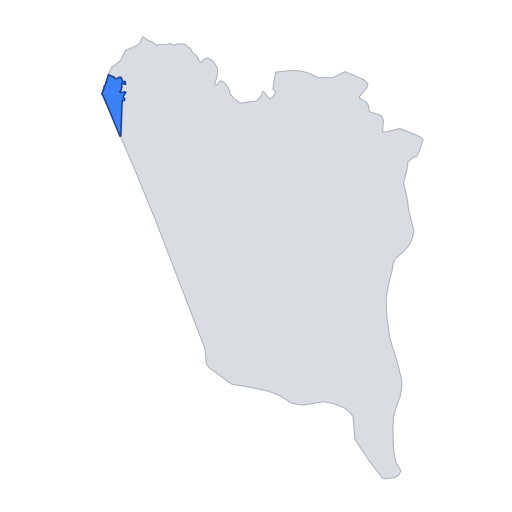 location of Salkhad, As Suwayda', Syria, rotated 100°
{"feature_id": "27442178B39967895671995", "entity_name": "Salkhad", "entity_type": "district", "adm_level": 2, "iso_a3": "SYR", "parent_name": "Syria", "parent_adm1": "As Suwayda'", "projection": "robinson", "projection_center": [36.79, 32.496], "detail": "fine", "context": "in_parent", "style": "filled", "palette": "blue", "viewbox_px": 512, "rotation_deg": 100, "n_neighbors": 0, "source": "geoboundaries", "source_scale": "gbopen_adm2", "svg_char_len": 3979}
<svg xmlns="http://www.w3.org/2000/svg" viewBox="0 0 512 512"><g transform="rotate(100 256 256)"><path d="M66.8,175.7L71.3,176.1L80.8,181.8L82.4,181.6L85.3,174.1L88.1,171.6L94.1,169.4L95.8,157.3L98.5,155.0L101.9,153.7L107.0,153.5L111.4,152.8L111.7,150.6L105.5,136.6L106.0,133.1L109.1,119.0L110.9,113.5L112.8,111.7L119.8,112.5L129.7,114.9L132.3,119.0L137.1,122.6L144.4,122.3L152.7,123.0L159.3,123.2L164.5,120.7L176.2,116.0L182.1,114.4L187.4,112.3L204.3,104.6L211.2,105.2L215.8,106.2L219.4,107.4L227.5,112.7L234.1,118.1L238.8,119.6L247.2,119.5L259.3,120.5L274.1,120.5L282.7,119.0L293.8,116.4L313.4,110.1L339.2,96.9L354.3,90.5L360.9,89.7L369.4,89.6L378.0,91.3L387.7,92.5L392.2,92.4L402.7,91.1L416.2,88.4L424.8,86.2L435.0,82.6L441.3,76.7L443.4,76.1L446.1,77.2L447.4,77.6L450.1,80.9L453.0,89.7L453.0,90.7L452.5,93.1L446.0,100.3L437.0,110.1L430.5,116.2L419.6,126.6L411.4,128.8L397.5,132.5L393.8,136.1L390.4,142.0L388.5,150.0L388.0,155.0L387.8,164.3L391.2,174.0L394.5,183.3L395.0,189.5L394.8,195.6L391.9,202.0L388.7,210.9L387.0,221.0L386.3,239.8L386.5,255.8L386.2,258.5L380.6,269.8L374.0,283.1L370.9,286.1L356.1,290.1L340.1,299.8L322.1,310.7L305.7,320.5L288.5,330.9L270.7,341.6L257.9,349.3L240.8,359.5L225.3,369.4L209.5,379.3L197.4,386.8L179.2,398.8L168.5,405.8L152.7,416.1L138.8,425.1L122.3,435.9L101.7,432.7L95.2,430.8L89.9,425.7L85.9,423.0L76.2,420.2L70.0,410.6L66.2,407.2L59.7,405.7L62.5,399.5L63.0,395.4L65.8,390.5L64.1,387.2L63.3,380.3L62.0,378.7L61.6,376.8L62.6,374.6L62.2,372.4L61.1,371.4L60.6,367.9L59.7,365.4L60.1,362.3L61.6,360.3L63.1,356.4L64.8,355.2L67.6,352.8L68.3,350.3L70.8,347.8L74.1,345.8L74.8,344.1L74.4,343.2L71.1,341.4L69.3,338.2L70.9,333.5L71.9,332.0L73.9,329.7L78.4,326.3L81.9,325.7L84.9,325.7L90.0,326.0L93.9,326.6L94.9,325.7L94.8,324.6L89.9,321.8L89.6,319.5L90.8,317.1L94.3,313.3L98.4,310.5L100.5,310.0L105.2,304.4L108.2,298.1L103.4,282.8L100.4,280.4L95.6,278.3L92.8,278.0L92.6,277.0L96.4,273.1L99.1,269.7L96.1,266.5L90.8,265.0L88.8,268.3L82.1,268.6L71.5,268.6L66.9,252.5L66.2,245.5L66.4,237.4L69.6,225.6L68.1,220.2L68.0,216.5L67.2,211.4L59.0,200.5L63.6,180.5L66.8,175.7Z" fill="#d9dde1" stroke="#a8b0b8" stroke-width="1"/><path d="M161.1,409.9L160.8,410.0L160.5,410.0L159.6,410.1L157.8,410.4L156.0,410.6L154.1,410.9L152.7,411.1L152.4,411.2L152.1,411.2L150.9,411.4L149.1,411.6L147.6,411.8L147.3,411.9L145.9,412.1L144.8,412.2L144.4,412.3L142.7,412.5L141.0,412.7L140.1,412.9L139.6,413.0L139.0,413.0L137.9,413.2L136.6,413.4L135.0,413.6L133.3,413.8L132.0,414.0L130.5,414.3L128.7,414.5L127.5,414.4L127.2,414.4L126.5,414.4L125.9,414.4L125.8,413.2L125.6,412.7L125.3,412.5L125.0,412.4L124.6,412.5L123.9,412.6L123.3,413.5L122.5,414.1L122.3,414.2L121.7,414.5L120.8,414.1L119.8,413.6L119.0,413.2L118.5,413.0L118.2,412.9L117.4,412.7L117.4,412.8L117.4,413.3L117.3,413.9L117.3,414.2L117.2,414.2L117.3,414.5L117.5,414.7L117.7,415.2L118.1,416.4L118.3,417.0L118.5,417.6L118.3,417.9L118.3,418.0L117.7,418.8L116.9,418.1L115.7,417.6L115.3,417.6L114.8,417.6L114.7,417.6L114.2,417.5L113.6,417.5L113.3,417.4L112.9,417.5L112.7,417.6L112.4,417.7L112.2,417.7L111.1,418.0L110.0,418.1L109.2,418.1L109.2,417.5L109.4,417.0L109.6,416.1L109.6,415.5L109.6,414.5L109.4,414.2L108.2,414.8L107.0,415.0L106.9,415.5L107.0,415.9L107.2,416.5L107.2,417.4L107.0,417.6L106.6,418.0L106.1,418.3L105.4,418.6L105.2,418.8L104.9,419.1L104.3,419.5L103.7,419.9L103.4,420.0L103.5,420.2L103.5,420.5L103.6,420.8L103.7,421.5L103.8,422.0L105.1,423.4L105.3,423.9L105.6,424.4L105.6,424.5L105.6,425.3L105.3,425.9L104.5,426.9L104.3,427.2L104.2,427.7L104.1,428.2L103.9,429.2L103.8,429.5L103.6,430.7L103.4,431.2L103.3,431.8L103.1,432.3L103.0,432.7L103.1,432.8L105.5,433.1L106.0,433.1L109.0,433.5L111.6,433.9L114.6,434.3L115.0,434.7L115.4,435.2L115.5,435.1L116.5,434.7L116.6,434.8L117.3,434.9L118.5,435.1L123.3,435.9L124.5,434.8L125.3,434.0L125.5,433.9L126.5,433.3L129.0,431.7L129.5,431.4L130.5,430.7L132.0,429.7L133.9,428.5L139.0,425.2L161.6,410.8L161.1,409.9Z" fill="#3b82f6" stroke="#1e3a8a" stroke-width="1.5"/></g></svg>